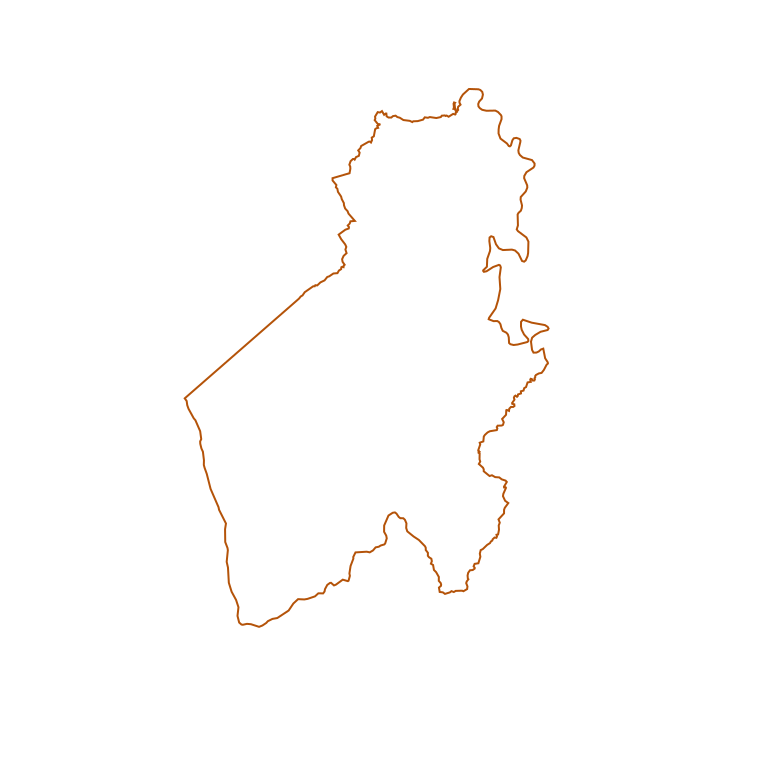 Riofrío, Valle del Cauca, Colombia (orthographic projection), rotated 319°
{"feature_id": "7082276B33798425293322", "entity_name": "Riofrío", "entity_type": "district", "adm_level": 2, "iso_a3": "COL", "parent_name": "Colombia", "parent_adm1": "Valle del Cauca", "projection": "orthographic", "projection_center": [-76.345, 4.104], "detail": "fine", "context": "isolated", "style": "outline", "palette": "amber", "viewbox_px": 768, "rotation_deg": 319, "n_neighbors": 0, "source": "geoboundaries", "source_scale": "gbopen_adm2", "svg_char_len": 6166}
<svg xmlns="http://www.w3.org/2000/svg" viewBox="0 0 768 768"><g transform="rotate(319 384 384)"><path d="M641.7,217.1L633.5,217.3L630.0,218.3L626.5,220.0L625.5,221.3L625.0,223.4L621.9,223.4L620.3,224.6L619.8,225.8L618.2,226.1L617.8,225.4L618.5,222.5L621.2,218.6L622.1,218.4L621.6,217.5L620.4,218.1L618.2,221.2L616.9,221.9L617.7,222.9L617.3,226.4L616.3,226.1L615.3,227.2L614.5,227.3L613.4,225.5L608.1,224.7L607.4,222.5L606.3,222.1L606.1,221.2L603.6,219.4L602.0,219.8L598.0,217.6L593.7,212.6L591.8,211.9L589.7,209.5L586.9,210.1L581.9,207.7L578.4,204.9L577.2,204.9L576.1,202.3L571.8,197.5L570.6,193.4L569.2,191.3L568.8,189.1L566.5,187.7L564.3,187.7L562.2,185.8L561.6,183.7L563.2,181.4L562.8,181.0L560.7,180.9L561.5,176.7L559.1,176.5L557.6,174.7L552.7,176.3L551.5,178.1L550.1,178.7L549.9,183.8L551.1,185.0L550.9,185.4L548.2,184.8L547.6,186.8L546.1,186.0L544.5,185.9L538.8,190.4L536.4,190.0L535.0,192.1L532.6,193.2L532.4,191.8L531.4,191.1L522.9,189.4L521.0,190.5L517.8,190.8L517.4,193.4L514.7,195.3L511.7,194.4L509.1,195.4L509.0,194.5L508.2,193.8L505.0,193.9L501.7,195.8L501.2,197.7L499.8,199.5L496.3,202.3L480.2,194.9L478.7,196.7L478.6,202.6L476.7,204.0L476.9,206.0L475.3,208.8L474.6,214.4L473.4,216.8L472.4,221.1L471.1,222.8L469.8,226.1L469.9,229.7L469.0,232.1L469.0,241.8L465.4,239.2L463.4,240.4L460.6,240.6L460.5,242.6L459.4,243.5L456.1,242.2L447.8,241.5L446.7,246.6L446.3,253.2L445.5,255.8L443.1,257.2L441.6,260.7L437.6,260.8L434.3,262.3L432.9,264.6L432.5,268.2L431.4,268.2L430.1,269.3L429.3,268.1L428.4,267.9L427.0,269.2L424.4,268.8L421.6,269.8L418.3,267.4L413.3,266.8L411.4,266.0L407.1,266.8L402.7,265.6L398.3,265.8L397.0,264.4L395.8,264.8L394.7,263.8L384.4,262.7L380.6,263.7L378.6,263.3L375.9,263.8L224.2,264.1L223.9,267.4L221.6,270.9L220.2,274.5L217.9,285.1L217.9,287.6L214.3,299.0L209.9,305.7L207.6,306.7L206.1,308.6L203.9,312.9L202.9,316.3L198.1,323.4L194.9,326.9L193.6,329.6L191.3,335.5L184.3,349.4L178.3,368.4L177.0,370.7L173.2,385.6L168.8,389.3L160.5,399.1L158.3,405.1L157.1,407.0L148.6,415.0L145.8,420.2L136.5,432.2L132.7,440.8L130.7,449.9L127.7,457.0L121.3,462.9L118.2,469.0L118.6,472.0L119.5,473.1L123.2,475.1L126.0,478.0L130.4,485.3L133.8,486.5L138.4,487.1L140.7,486.8L145.7,488.1L149.9,490.6L163.4,492.4L171.6,490.2L178.0,490.0L182.5,494.3L185.3,496.0L192.6,499.0L197.1,498.9L200.7,502.1L203.0,501.6L204.9,500.1L209.4,498.4L212.7,498.7L213.6,499.3L214.1,503.2L216.1,503.9L224.5,504.6L227.4,509.1L228.2,509.2L232.4,506.4L233.6,504.3L239.4,499.4L246.3,495.7L247.3,494.4L252.0,492.4L260.9,499.2L262.8,501.7L266.5,502.4L270.5,501.8L273.3,503.4L275.5,503.7L279.0,505.3L280.3,505.1L284.8,502.3L286.2,499.9L287.1,495.6L291.3,490.9L301.1,486.2L306.1,486.9L308.0,488.1L308.4,490.0L307.9,494.0L308.3,496.0L310.5,498.0L310.7,500.2L309.5,503.9L306.3,507.2L304.9,510.5L306.3,518.5L308.0,524.6L308.5,533.3L308.1,534.9L306.6,536.7L306.4,540.2L304.4,542.4L304.3,544.3L305.1,546.9L303.9,549.1L301.5,550.4L302.3,552.8L299.7,557.1L299.9,560.2L298.8,565.6L296.2,568.5L296.2,571.5L295.5,572.9L294.6,573.7L291.9,573.7L289.6,577.5L291.7,579.8L292.3,582.4L297.0,584.5L299.0,584.6L300.2,586.8L302.4,587.2L307.3,591.2L308.0,592.5L312.2,593.3L314.2,591.5L315.4,588.2L316.9,587.3L319.6,586.7L319.6,585.9L321.4,583.4L323.7,581.7L326.7,581.0L328.9,582.6L331.3,582.8L331.9,582.2L332.0,580.4L334.4,579.2L337.6,581.2L343.4,577.6L345.0,574.9L348.0,572.8L350.2,573.4L356.3,573.1L359.6,573.6L361.3,573.0L363.0,573.2L364.1,572.5L366.7,572.4L367.9,573.8L369.2,573.2L370.0,571.6L371.4,572.4L375.2,569.4L377.8,566.0L380.4,564.6L381.6,561.3L389.7,560.4L392.1,557.7L393.9,556.7L399.7,555.4L398.8,551.6L400.2,546.7L402.0,545.2L407.9,542.4L408.0,541.7L406.8,540.8L407.2,540.2L412.4,538.5L412.4,536.7L410.3,533.2L409.7,530.1L406.8,527.2L405.6,523.7L403.3,522.7L402.0,515.3L403.3,513.8L403.8,512.1L403.1,506.6L405.7,505.7L406.7,503.5L410.6,499.2L410.2,498.0L410.6,497.5L410.9,498.3L411.6,497.9L411.2,497.2L411.8,496.5L411.7,495.8L416.9,492.8L417.7,491.1L421.3,492.5L424.9,489.1L426.8,488.6L430.4,488.5L432.9,489.1L438.9,492.8L440.4,491.9L440.8,490.5L442.4,490.0L445.6,492.6L447.0,492.9L449.3,491.4L450.2,487.9L455.9,487.3L459.1,484.0L459.7,484.2L460.7,486.3L462.4,484.8L464.8,484.6L466.5,486.1L468.0,486.2L469.0,484.8L467.8,483.1L468.2,482.4L472.2,481.4L473.0,479.6L474.3,478.9L475.6,479.0L476.0,480.9L476.9,480.9L478.3,479.8L481.2,481.0L482.5,479.3L485.0,480.5L487.1,479.1L489.2,479.5L493.4,477.0L496.2,478.7L497.2,476.7L498.1,476.3L498.8,477.2L498.6,479.1L499.8,480.0L501.0,479.4L501.3,478.4L502.5,478.2L503.3,477.2L504.6,476.9L507.8,477.6L510.2,479.0L513.8,478.3L519.4,476.1L521.1,476.1L521.8,475.1L522.5,470.3L527.4,461.8L525.1,460.9L522.2,461.0L519.7,460.3L517.4,458.4L518.1,455.4L522.7,448.5L526.2,446.2L530.3,446.2L536.4,447.3L542.9,450.6L544.6,450.1L545.0,448.2L544.1,445.1L535.7,434.6L531.0,426.6L528.2,427.0L525.1,430.5L523.5,433.4L522.2,438.5L522.3,444.7L521.2,446.2L519.9,446.4L518.6,445.8L510.8,441.9L507.4,439.6L505.5,436.9L505.3,435.1L508.8,430.6L510.0,427.9L510.0,425.5L508.5,421.8L509.4,418.6L511.1,415.3L511.4,412.7L510.8,410.8L507.9,408.4L505.5,403.8L506.7,403.0L517.8,400.2L525.1,395.6L534.1,388.6L541.3,379.1L548.7,372.6L549.4,370.7L548.9,369.5L543.1,367.3L535.4,366.2L533.0,364.9L533.0,363.8L533.4,363.3L538.6,363.0L544.0,357.3L551.2,353.2L553.4,351.1L557.3,345.2L559.8,342.7L561.8,342.8L563.0,344.9L560.2,352.0L559.7,357.0L561.6,360.9L568.7,366.5L570.5,369.2L571.0,373.9L568.9,381.7L570.0,383.6L572.0,383.7L576.2,381.7L578.7,379.7L586.4,371.3L587.6,366.8L585.4,356.6L585.6,354.4L589.1,352.2L596.1,343.7L597.8,343.1L601.0,343.0L603.4,341.6L605.3,339.8L608.0,334.5L609.9,332.6L617.3,331.7L621.0,329.8L622.4,328.0L624.8,320.6L626.4,319.0L630.5,317.6L638.8,318.7L640.8,318.0L642.3,316.4L642.6,312.1L637.3,304.1L636.8,300.3L637.3,297.9L638.7,295.8L645.8,290.7L646.7,289.8L647.1,288.1L645.4,285.1L643.1,283.7L640.8,284.3L636.3,287.2L634.9,287.2L634.3,286.2L634.6,283.2L632.9,275.2L634.8,270.1L637.5,267.1L640.2,264.7L646.5,261.2L648.3,259.1L648.7,257.8L648.5,253.5L647.4,250.7L640.6,245.0L638.0,241.5L637.3,238.8L637.4,236.5L638.8,234.5L641.1,233.3L645.3,232.8L648.5,230.5L649.8,228.0L649.6,225.3L648.6,223.5L641.7,217.1Z" fill="none" stroke="#b45309" stroke-width="2"/></g></svg>